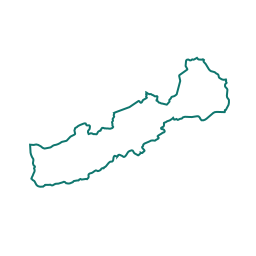 map outline of Manica (Robinson projection), rotated 236°
{"feature_id": "MOZ-1192", "entity_name": "Manica", "entity_type": "Province", "adm_level": 1, "iso_a3": "MOZ", "parent_name": "Mozambique", "parent_adm1": "", "projection": "robinson", "projection_center": [33.487, -18.999], "detail": "fine", "context": "isolated", "style": "outline", "palette": "teal", "viewbox_px": 256, "rotation_deg": 236, "n_neighbors": 0, "source": "natural_earth", "source_scale": "10m", "svg_char_len": 5918}
<svg xmlns="http://www.w3.org/2000/svg" viewBox="0 0 256 256"><g transform="rotate(236 128 128)"><path d="M110.4,103.6L111.2,102.3L112.3,101.5L112.4,101.0L112.1,100.2L111.5,99.4L109.8,97.9L109.2,97.0L109.1,96.4L109.1,96.0L109.6,95.2L110.0,94.3L110.0,94.0L109.9,92.6L108.6,88.3L108.5,87.4L108.7,86.2L108.3,85.6L108.2,85.2L108.4,84.9L109.0,84.4L109.1,83.8L109.1,83.1L108.6,81.9L108.6,81.1L108.7,80.3L108.9,79.4L109.3,78.7L109.9,78.4L110.8,77.7L111.0,76.2L110.9,74.4L111.0,72.8L111.6,71.2L111.7,70.4L111.6,69.6L111.1,68.9L109.7,68.2L109.1,67.6L108.9,67.3L108.6,65.9L108.5,65.4L108.8,65.1L109.1,64.9L109.3,64.6L110.8,61.5L111.3,60.6L112.2,60.2L112.5,59.0L112.4,58.5L112.2,57.9L112.2,57.6L112.9,56.6L114.2,53.7L114.3,53.3L114.3,53.1L114.0,52.1L114.0,51.6L114.3,50.6L114.4,49.6L114.8,48.4L115.5,47.2L116.2,46.6L116.7,45.9L117.1,45.8L118.6,45.4L119.1,44.9L119.3,44.7L119.6,43.1L120.8,39.2L122.1,37.0L122.3,36.6L122.4,36.2L122.3,35.8L122.5,35.1L122.5,34.3L122.6,33.5L123.3,32.5L123.8,32.2L124.4,31.9L124.6,31.7L124.9,30.9L126.9,28.0L127.1,27.6L127.2,27.3L126.9,26.8L126.9,26.5L127.0,25.6L126.9,24.7L127.2,24.4L128.4,22.4L129.2,21.6L130.1,20.9L131.1,20.5L132.3,20.3L136.0,20.7L136.6,20.6L138.2,19.9L138.6,19.8L140.0,19.8L140.1,19.7L140.8,20.6L141.8,22.4L143.0,24.1L144.1,26.0L144.8,26.7L145.7,27.2L146.2,27.4L146.8,27.4L147.2,27.6L147.6,28.7L147.8,29.1L148.4,29.3L149.7,28.9L150.3,29.0L151.5,29.3L152.1,29.6L154.0,31.4L154.6,31.8L155.2,32.1L157.7,32.2L160.1,32.7L162.0,33.4L168.9,37.5L166.7,40.3L166.0,42.0L165.6,42.8L164.4,43.9L164.2,44.1L161.5,45.5L159.4,46.1L158.3,46.8L157.7,47.3L157.5,47.6L155.4,52.5L155.3,52.8L155.2,53.4L155.3,55.8L155.2,56.5L155.0,57.4L154.3,59.0L153.8,60.8L153.5,62.9L153.5,65.0L153.4,65.6L151.9,69.5L151.8,70.0L151.9,70.6L152.9,75.0L153.0,75.6L152.5,79.7L152.5,80.2L152.6,80.7L152.9,81.0L155.9,82.2L156.1,82.4L156.8,83.4L157.3,83.8L157.4,84.0L157.5,84.4L157.3,86.3L157.5,87.0L157.5,88.1L157.3,89.8L156.5,93.5L156.0,94.8L155.4,95.4L153.9,95.2L153.4,95.2L153.0,95.6L151.9,97.3L151.6,97.4L151.2,97.5L150.4,97.2L149.9,96.8L149.6,96.4L148.8,95.8L148.5,95.3L148.2,94.1L147.9,93.3L147.1,92.6L146.7,92.4L145.0,92.0L144.8,92.6L144.5,93.9L144.3,94.4L143.5,95.2L142.6,95.7L142.0,96.2L141.5,97.1L140.5,98.2L140.4,98.5L140.5,99.0L141.4,100.7L141.6,101.3L141.6,102.3L141.2,103.5L141.2,104.0L141.3,104.1L141.8,104.3L142.0,105.2L142.4,106.0L142.5,106.7L141.7,107.8L140.9,108.2L140.3,109.2L139.8,109.6L139.0,110.9L137.9,112.1L137.4,112.8L137.2,113.3L136.8,114.8L136.8,115.3L137.2,116.3L138.3,116.4L138.9,116.5L140.1,117.4L141.4,117.8L141.8,118.1L142.0,118.5L142.3,119.4L142.7,119.8L143.9,120.2L144.2,120.6L144.4,121.0L144.9,122.4L145.2,122.9L145.5,123.0L146.4,123.2L146.8,123.5L147.3,124.2L147.6,124.6L148.1,124.8L148.3,124.8L148.1,126.1L144.5,140.9L144.5,151.3L144.4,152.0L144.1,152.2L143.7,152.4L142.8,152.4L142.1,152.6L141.7,152.8L141.6,153.4L141.8,154.3L142.7,155.8L142.7,157.2L142.5,159.2L142.6,160.5L143.8,160.5L144.1,160.8L144.4,161.3L144.6,161.6L145.7,161.8L146.0,162.0L146.5,162.6L147.2,163.0L146.5,163.4L145.5,163.5L145.2,163.9L144.3,164.5L143.9,164.9L143.5,165.7L143.1,166.1L141.6,166.7L140.9,167.4L139.7,167.7L139.2,168.0L138.2,169.8L137.5,169.9L137.2,169.7L136.2,168.7L135.5,168.3L135.2,167.2L134.7,167.0L133.5,167.7L132.3,167.7L131.9,167.8L131.0,168.6L129.9,169.2L129.4,169.7L129.2,170.0L125.9,173.0L125.7,173.2L125.7,173.5L126.6,177.0L126.8,177.3L127.8,177.7L128.2,178.1L128.5,179.9L129.0,180.7L129.3,181.4L129.3,181.9L128.6,184.0L128.5,184.6L128.6,186.7L128.7,187.2L137.7,197.5L138.2,197.8L142.5,199.5L142.9,199.9L143.1,200.3L143.1,200.9L143.3,209.5L143.4,209.9L143.7,210.1L144.2,210.2L147.1,210.4L147.4,210.6L151.1,213.6L151.5,214.2L151.6,214.6L151.6,215.2L151.3,215.8L151.0,216.3L150.7,216.5L149.4,217.2L149.0,217.9L148.9,218.3L149.0,219.2L148.9,219.7L148.1,220.4L147.9,220.9L147.8,221.5L147.6,224.4L145.8,224.6L145.2,225.0L144.5,225.9L143.4,227.4L143.1,228.5L142.7,228.7L142.3,228.9L141.9,229.0L141.7,228.7L141.4,228.1L140.6,227.8L139.7,227.9L137.7,228.2L131.4,227.9L130.0,228.1L128.7,228.6L126.3,230.7L125.5,231.2L124.0,231.6L122.7,232.3L121.9,232.6L121.1,232.5L119.7,231.9L118.8,231.7L118.2,231.9L116.0,232.9L115.4,233.4L114.6,234.1L114.1,234.9L113.5,236.3L112.8,236.1L111.8,235.2L110.5,235.1L110.2,234.8L110.1,233.6L109.8,232.9L109.3,232.4L108.6,232.0L108.1,231.7L107.6,231.7L105.5,232.0L104.8,232.0L104.2,231.8L103.7,231.5L99.6,228.1L98.2,227.4L97.5,227.3L95.1,227.4L94.6,227.2L92.5,225.8L91.0,224.3L88.3,219.3L88.6,218.6L88.6,218.3L88.5,218.2L88.2,218.2L87.8,217.7L87.3,217.4L87.1,217.0L91.7,210.6L92.6,208.8L92.8,207.2L91.8,198.4L91.8,196.6L92.2,194.9L93.3,193.3L94.9,193.1L96.6,193.3L98.2,193.0L99.1,191.9L101.4,187.0L105.3,181.7L105.6,181.1L105.8,180.5L106.1,179.3L106.0,178.9L105.8,178.4L105.8,178.1L105.8,177.7L106.3,176.7L106.5,176.1L106.8,174.0L107.1,173.6L108.3,173.3L108.5,172.7L108.8,171.5L109.2,171.0L111.2,171.1L110.9,169.8L111.0,166.7L111.7,164.2L111.7,162.5L112.0,161.5L112.1,160.7L111.7,160.3L110.9,159.9L110.2,159.4L109.6,158.7L109.3,158.0L109.6,156.3L109.5,155.5L108.9,155.1L108.2,155.4L107.1,156.6L106.3,156.8L105.5,156.8L104.8,156.6L104.4,156.1L104.3,155.2L104.4,154.8L104.7,154.0L104.6,152.7L104.8,149.7L104.8,148.9L104.6,148.0L104.1,147.8L103.4,147.9L102.7,147.9L102.3,147.4L102.3,146.5L102.5,144.8L102.4,143.6L102.5,143.2L103.9,141.5L104.4,140.6L104.7,139.9L104.8,139.1L104.9,138.1L105.9,132.9L105.7,131.5L105.4,131.1L104.7,130.5L104.4,129.2L104.2,129.0L103.8,128.8L103.1,128.8L100.9,129.1L100.4,129.1L100.0,129.0L99.7,128.6L99.6,128.1L99.7,127.5L99.6,127.1L99.3,126.1L99.4,125.6L99.7,125.3L100.6,124.7L100.1,124.4L99.9,123.7L99.6,121.5L99.7,121.1L103.2,119.3L104.3,119.1L105.8,119.3L106.7,119.2L107.4,118.6L107.7,117.7L108.0,116.6L108.1,115.2L107.8,114.1L106.7,111.7L106.2,110.2L106.1,109.4L106.2,108.7L106.6,108.1L108.0,107.6L110.1,106.3L110.7,105.8L111.0,105.0L110.9,104.5L110.4,103.9L110.3,103.5L110.4,103.6Z" fill="none" stroke="#0f766e" stroke-width="2"/></g></svg>